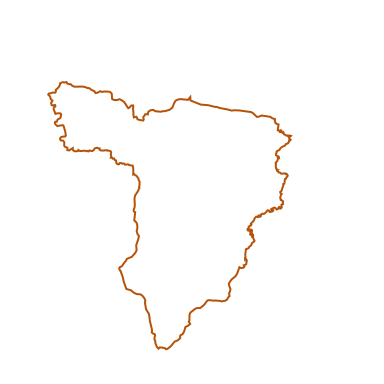 outline of Kueneng, Berea, Lesotho, rotated 73°
{"feature_id": "5366337B11149165517433", "entity_name": "Kueneng", "entity_type": "district", "adm_level": 2, "iso_a3": "LSO", "parent_name": "Lesotho", "parent_adm1": "Berea", "projection": "orthographic", "projection_center": [27.999, -29.014], "detail": "fine", "context": "isolated", "style": "outline", "palette": "amber", "viewbox_px": 384, "rotation_deg": 73, "n_neighbors": 0, "source": "geoboundaries", "source_scale": "gbopen_adm2", "svg_char_len": 6022}
<svg xmlns="http://www.w3.org/2000/svg" viewBox="0 0 384 384"><g transform="rotate(73 192 192)"><path d="M332.0,269.8L331.2,268.4L331.9,266.4L333.4,263.5L334.8,262.8L334.8,261.2L333.2,257.2L330.0,252.4L329.7,249.0L328.7,246.8L328.1,245.9L326.5,245.6L325.5,244.7L325.3,242.7L324.0,241.2L322.1,239.6L319.2,237.8L318.6,234.5L317.6,232.3L315.1,233.0L314.2,232.1L308.8,230.3L306.9,228.9L304.7,223.3L304.4,222.0L304.7,220.2L305.4,218.1L303.4,213.3L300.3,209.1L300.3,207.9L300.9,205.9L301.9,204.1L302.8,200.8L304.4,196.9L305.4,195.3L305.6,191.9L305.3,190.2L303.1,187.8L302.5,186.5L299.7,186.2L298.4,184.9L296.2,183.6L292.7,183.8L290.4,183.6L288.6,181.6L287.0,179.3L285.7,176.0L284.7,174.3L283.2,172.7L277.8,168.6L279.1,167.3L279.4,165.0L278.8,163.7L277.2,163.9L277.2,162.4L276.8,161.2L273.5,159.6L272.3,159.8L272.7,161.0L270.7,160.7L269.7,159.8L267.4,159.4L262.5,157.1L262.5,155.8L262.0,154.0L261.1,153.2L260.4,151.3L258.1,149.1L257.8,147.7L257.0,146.5L253.6,147.0L253.1,146.8L253.0,147.4L252.4,147.7L252.1,147.6L251.4,146.3L250.7,146.1L250.5,146.6L250.9,147.0L250.1,148.5L249.5,148.8L249.0,148.2L250.0,147.1L249.9,146.8L248.6,146.7L247.8,147.9L247.5,147.6L247.6,147.1L247.2,146.2L246.1,145.8L245.6,146.0L245.2,146.7L246.3,146.7L246.7,147.3L246.0,148.5L245.3,148.4L245.1,149.8L244.8,150.0L243.5,149.6L243.0,148.2L241.7,147.9L241.2,145.4L240.6,144.8L239.9,145.2L239.3,144.8L238.9,143.7L237.1,140.9L235.7,140.0L234.3,137.8L235.3,136.2L234.0,135.3L234.4,134.3L235.5,134.2L235.5,133.6L235.1,133.2L234.5,133.4L233.7,132.8L233.8,131.9L233.3,131.0L233.8,130.0L233.9,129.0L232.8,126.8L231.8,125.6L231.6,124.8L232.4,123.8L233.8,123.6L234.1,121.4L233.9,120.2L233.2,119.6L232.2,121.4L231.8,121.5L231.3,120.9L231.3,119.8L230.9,118.5L231.4,117.1L233.5,116.1L233.5,115.0L232.1,113.7L231.8,112.8L232.2,112.3L232.7,112.7L233.4,112.8L233.7,112.5L233.7,111.7L232.8,110.6L230.3,110.2L230.1,109.8L230.2,108.5L228.8,108.3L227.5,107.6L225.8,109.3L225.3,108.9L224.3,109.5L223.3,109.3L221.2,108.1L220.0,106.8L218.8,107.8L217.6,107.5L217.3,106.4L216.0,105.2L214.5,104.4L213.2,103.2L211.0,102.3L211.1,101.3L206.8,99.3L206.7,98.2L205.6,97.5L205.2,96.5L204.4,95.7L203.0,95.8L202.5,96.2L202.5,96.9L201.6,97.1L200.5,101.4L198.9,102.4L198.6,103.4L197.4,103.7L196.5,104.5L195.8,104.3L195.7,103.8L195.2,104.5L194.4,104.4L193.8,104.7L191.2,104.2L189.9,103.5L189.3,103.7L188.3,103.3L187.5,101.6L185.7,100.3L185.2,99.0L184.8,99.1L184.8,99.7L184.4,99.9L184.1,98.7L183.5,98.8L181.4,100.9L179.8,100.3L179.1,99.6L177.9,99.2L177.3,96.1L176.0,94.6L175.2,92.6L174.8,89.6L173.7,88.3L173.5,85.8L172.9,85.5L172.0,84.1L171.1,84.0L171.2,82.8L170.9,82.4L169.6,83.3L168.6,83.2L167.4,82.0L167.5,81.3L167.3,81.0L166.3,82.6L166.5,83.0L167.4,83.2L167.4,83.6L166.7,83.8L165.6,84.6L165.6,85.4L164.2,86.5L163.8,87.1L162.9,87.4L161.8,87.0L161.3,87.2L161.7,88.3L160.8,89.0L160.3,90.3L159.6,90.0L159.8,88.7L159.2,88.6L158.8,89.3L158.9,90.9L158.1,92.0L152.7,89.5L151.7,91.0L150.5,92.0L148.1,92.0L146.5,91.3L145.0,93.7L143.1,95.0L139.4,102.6L139.3,104.0L139.5,106.4L139.1,108.0L134.3,110.7L132.8,112.2L127.8,123.0L126.1,128.0L125.8,130.2L123.6,133.6L119.7,141.1L117.9,143.3L117.4,145.0L113.7,151.2L111.0,158.0L104.0,166.7L100.7,165.9L102.7,168.9L99.8,175.8L99.5,177.9L99.8,180.9L102.1,183.4L105.5,186.0L106.8,189.2L106.8,194.1L106.1,197.0L106.1,198.4L103.9,203.7L102.3,204.8L101.7,207.7L102.1,209.3L102.7,210.4L103.7,211.1L104.9,211.5L103.9,213.8L105.2,215.3L105.9,216.5L107.1,216.9L108.4,216.9L109.4,217.8L107.7,221.2L106.5,222.9L104.9,222.9L103.7,223.3L103.7,225.8L100.8,225.5L98.9,224.7L97.3,224.6L96.4,224.2L95.1,224.2L93.2,223.1L91.9,223.1L91.6,224.9L92.9,226.9L93.2,228.5L86.2,230.5L83.4,232.7L82.1,234.1L82.1,236.6L81.8,238.1L81.4,239.2L80.6,240.4L79.6,241.2L74.5,240.0L72.6,240.9L71.7,242.3L70.7,245.2L70.1,247.2L70.1,248.6L68.8,250.3L69.4,253.3L69.2,255.3L67.2,255.8L64.7,258.5L62.8,259.7L61.9,261.7L60.6,263.3L59.3,265.5L56.8,274.0L54.9,275.8L53.4,276.5L53.0,278.1L51.8,279.5L50.1,280.0L50.1,281.8L49.2,283.4L49.2,284.5L49.5,286.4L50.7,286.8L52.6,288.6L54.0,291.1L54.5,292.4L56.3,292.9L57.0,293.9L56.1,296.4L56.3,297.6L56.0,300.1L56.8,301.0L59.0,299.8L62.0,299.9L63.8,298.7L65.8,300.8L67.9,300.8L68.5,300.1L68.7,297.6L69.3,297.4L70.2,297.7L70.9,299.4L72.3,300.1L77.4,299.7L77.4,297.6L78.2,295.2L78.6,294.7L79.5,294.4L82.5,296.0L82.9,296.8L83.4,299.4L85.2,300.7L84.8,302.1L85.8,303.0L87.6,302.7L89.5,301.5L90.3,296.1L91.0,295.5L96.5,295.5L101.1,296.1L101.8,296.9L101.3,299.1L101.2,301.0L101.9,302.2L102.8,302.7L104.2,302.5L105.2,300.3L106.4,299.7L107.2,299.6L110.4,300.7L111.5,300.3L113.4,298.2L115.5,299.0L116.3,297.5L115.2,293.2L116.5,293.6L117.6,293.4L118.9,292.1L119.5,289.3L118.6,288.4L119.8,287.5L120.3,286.5L121.2,282.1L122.2,281.1L122.2,279.7L122.9,279.0L122.3,277.8L123.3,276.3L123.7,275.2L122.9,273.3L121.9,272.4L121.9,269.8L123.0,268.6L123.4,267.6L124.3,268.0L125.2,267.6L125.9,266.3L126.6,264.2L126.8,262.1L127.7,260.9L127.6,260.4L129.1,258.0L130.2,257.6L132.6,258.8L134.5,258.8L135.4,259.6L135.9,258.4L137.1,257.9L137.2,256.7L139.0,256.4L139.7,255.4L142.4,255.9L143.8,254.9L144.1,253.7L143.2,252.7L143.6,251.3L144.6,250.4L144.6,249.2L145.1,248.6L146.3,248.1L146.9,244.9L147.8,244.3L149.5,241.0L152.4,241.3L158.1,243.1L157.9,242.0L159.0,241.6L160.2,240.4L163.4,239.3L164.7,239.5L166.7,239.1L170.8,240.4L171.5,241.1L172.7,241.1L172.9,241.6L174.8,242.8L178.7,247.4L181.4,248.9L187.7,250.5L189.7,251.3L192.4,253.2L193.8,253.2L194.7,252.2L202.2,255.5L205.2,254.0L207.6,254.0L210.8,254.9L213.0,256.3L216.4,256.4L218.6,255.6L221.2,257.0L226.5,260.9L231.5,262.0L233.5,263.8L236.4,268.5L236.9,273.8L238.6,275.4L240.0,277.7L242.5,280.7L242.7,282.8L243.6,283.9L245.9,283.9L246.7,283.4L253.0,283.1L258.0,283.5L265.5,283.1L268.3,279.0L271.4,277.0L273.4,274.8L274.9,271.1L276.6,269.8L279.7,268.6L282.2,268.3L283.8,269.3L289.7,270.1L291.4,270.1L295.5,268.9L296.9,268.9L303.2,270.0L311.6,270.5L313.1,270.8L314.5,271.6L316.2,270.5L317.0,269.2L318.4,269.2L320.5,270.5L321.9,271.0L323.7,270.7L326.0,271.2L329.7,270.9L332.0,269.8Z" fill="none" stroke="#b45309" stroke-width="2"/></g></svg>